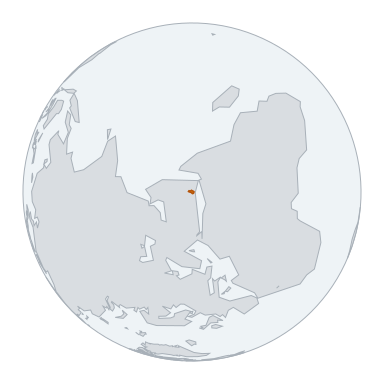 globe centered on Sa`dah, rotated 205°
{"feature_id": "YEM-150", "entity_name": "Sa`dah", "entity_type": "Governorate", "adm_level": 1, "iso_a3": "YEM", "parent_name": "Yemen", "parent_adm1": "", "projection": "orthographic", "projection_center": [43.78, 17.066], "detail": "fine", "context": "on_globe", "style": "filled", "palette": "amber", "viewbox_px": 384, "rotation_deg": 205, "n_neighbors": 0, "source": "natural_earth", "source_scale": "10m", "svg_char_len": 10286}
<svg xmlns="http://www.w3.org/2000/svg" viewBox="0 0 384 384"><g transform="rotate(205 192 192)"><circle cx="192" cy="192" r="169" fill="#eef3f6" stroke="#a8b0b8"/><path d="M150.6,28.2L151.6,28.0L155.2,27.2L157.1,26.8L156.4,27.1L151.7,28.1L151.4,28.1L149.7,28.6L147.7,29.0L148.2,29.0L142.7,30.5L147.0,29.5L141.6,31.2L138.3,32.1L140.2,31.3L139.4,31.4L150.6,28.2ZM119.0,39.6L119.4,39.5L125.4,36.8L122.7,38.2L117.0,41.1L111.8,43.6L109.1,45.2L112.6,43.9L101.8,50.2L92.4,57.6L89.7,59.5L87.1,60.3L90.5,56.9L89.8,57.4L103.9,47.8L119.0,39.6ZM87.4,59.3L87.6,59.2L81.0,64.6L79.2,66.2L78.6,66.9L80.4,65.5L77.7,67.9L76.7,68.5L87.4,59.3ZM23.1,197.5L24.3,205.5L26.9,216.8L28.2,226.7L28.8,234.8L33.1,249.5L29.1,236.8L26.1,223.9L24.1,210.8L23.1,197.5ZM126.4,36.3L125.9,36.5L125.0,36.9L126.4,36.3ZM130.5,34.6L129.5,35.0L129.2,35.2L130.5,34.6ZM136.9,32.3L138.6,31.7L129.9,34.9L131.8,34.1L136.9,32.3ZM237.7,29.3L234.0,28.4L233.9,28.3L237.7,29.3ZM156.7,26.8L152.8,27.7L156.7,26.8L156.7,26.8ZM175.9,23.8L174.6,24.0L170.1,24.5L167.0,24.9L168.6,24.8L158.7,26.4L160.1,26.1L175.9,23.8ZM229.3,27.4L228.9,27.4L227.9,27.1L229.3,27.4ZM158.2,26.6L159.6,26.3L164.3,25.5L162.4,26.1L161.5,26.1L158.2,26.6ZM182.3,23.3L181.9,23.4L183.0,23.3L175.0,24.0L177.2,23.7L182.3,23.3ZM160.0,26.5L161.3,26.5L158.4,27.2L157.1,27.0L160.0,26.5ZM166.3,25.1L168.5,24.9L166.7,25.2L166.3,25.1ZM148.8,30.4L150.4,29.6L153.0,29.1L148.8,30.4ZM161.9,26.5L162.9,26.3L164.1,26.1L164.3,26.3L161.9,26.5ZM175.1,24.1L174.1,24.3L178.3,23.8L178.0,24.1L172.7,24.6L174.8,24.5L174.7,24.6L170.5,24.9L175.1,24.1ZM168.1,26.0L161.3,27.1L157.8,28.5L155.4,28.9L161.4,26.7L168.1,26.0ZM169.9,25.3L168.3,25.8L166.1,25.9L165.9,25.7L169.9,25.3ZM179.6,24.3L181.5,23.7L182.6,23.6L179.6,24.3ZM167.5,26.3L169.2,26.1L167.6,26.4L167.5,26.3ZM176.4,24.8L176.9,24.5L178.2,24.4L176.4,24.8ZM172.1,25.9L169.9,26.2L169.7,26.0L172.1,25.9ZM174.4,25.4L176.0,25.4L170.9,25.7L174.5,25.2L174.4,25.4ZM177.5,24.8L178.4,24.6L177.1,24.9L177.5,24.8ZM174.2,26.9L167.9,27.4L167.4,26.8L173.6,26.3L174.2,26.9ZM263.8,39.1L265.6,39.9L270.3,42.3L270.7,42.5L288.4,53.2L277.8,46.7L259.0,37.0L266.5,40.5L264.1,39.6L266.4,40.9L271.7,43.7L272.8,44.1L278.0,49.8L289.5,59.5L290.3,57.9L294.6,60.3L308.4,72.6L321.1,92.8L326.9,98.3L329.8,102.5L330.3,106.0L326.1,99.8L323.3,98.5L320.9,94.8L320.3,99.1L316.8,94.0L318.0,100.3L321.6,103.9L323.5,101.6L326.1,109.8L332.7,115.8L337.6,124.8L340.2,143.5L336.8,151.1L337.5,154.3L334.0,151.9L332.5,159.2L341.6,174.5L342.5,179.5L338.6,191.3L338.0,187.6L328.8,181.3L329.3,193.8L336.4,201.7L338.9,212.8L334.5,210.7L331.7,201.1L328.4,198.6L327.6,187.8L321.7,173.3L317.1,177.7L315.9,171.4L307.1,160.3L299.6,166.4L288.8,186.1L289.9,202.4L285.0,210.4L272.6,188.9L267.9,173.6L262.9,175.8L250.6,164.0L227.8,165.3L225.1,161.4L220.7,163.6L212.1,159.9L208.1,153.5L202.7,154.1L213.5,171.1L219.4,170.5L225.0,163.5L226.8,169.7L235.2,174.8L224.2,190.6L191.1,205.0L188.8,192.8L168.3,159.2L169.4,155.5L169.4,155.1L169.2,154.3L166.4,160.3L163.1,153.8L173.1,177.1L174.4,187.2L190.7,205.8L188.9,207.7L194.4,211.5L213.1,206.4L213.0,210.5L203.6,229.4L178.6,254.4L182.4,270.8L181.6,284.3L167.1,292.8L169.7,302.8L162.4,305.9L162.8,311.4L157.7,316.8L148.7,321.3L132.0,319.7L130.0,314.9L120.1,304.3L105.9,278.6L109.0,267.6L107.1,258.3L95.2,235.8L97.7,224.4L94.8,218.9L88.5,219.0L85.3,212.4L81.6,211.5L59.7,210.3L53.8,200.6L48.5,173.9L53.0,165.4L55.2,154.3L87.4,123.6L92.7,127.1L116.4,126.6L119.0,128.4L114.6,136.6L131.0,149.5L138.3,143.0L154.8,150.3L166.8,150.8L174.0,135.0L154.3,133.8L152.5,125.8L169.6,120.1L187.1,122.0L187.0,119.0L177.3,111.9L182.7,106.9L174.1,109.1L176.6,112.3L171.2,114.0L168.7,111.3L170.7,109.5L165.8,107.9L157.5,117.8L159.1,122.0L145.5,122.9L146.8,130.3L142.6,133.3L138.8,122.1L140.2,118.3L131.9,106.1L129.2,110.1L136.8,122.1L133.8,120.9L130.1,127.2L130.6,121.5L122.9,108.1L111.6,109.2L94.6,123.2L88.5,123.4L84.5,119.1L93.1,103.5L105.8,104.9L109.1,100.1L108.6,92.4L112.5,93.8L113.9,91.0L118.9,91.5L128.0,86.0L133.5,86.1L139.1,78.4L142.6,77.6L138.3,82.2L138.2,85.8L151.8,87.0L155.1,85.5L157.6,80.6L161.1,81.9L161.8,77.1L170.6,76.0L160.4,73.5L163.2,68.5L169.6,65.3L168.6,63.4L158.2,68.8L155.6,71.5L156.4,74.4L147.9,82.4L142.8,83.3L144.7,73.9L137.6,74.5L142.3,67.6L167.7,56.0L177.3,54.5L188.9,61.8L185.5,64.5L179.7,63.1L183.2,68.7L183.8,66.1L186.7,67.5L190.0,63.7L192.2,64.5L191.6,59.8L194.7,60.3L195.0,63.3L202.5,59.0L209.4,59.6L210.1,58.3L208.8,56.7L218.4,58.9L218.4,57.9L215.3,56.8L213.4,54.1L213.7,50.5L217.0,51.4L217.3,52.9L223.0,57.6L223.3,61.7L224.7,61.8L225.2,58.5L218.3,52.6L217.6,50.2L221.4,52.6L220.0,51.6L220.6,50.7L224.4,50.9L220.4,48.2L223.4,39.4L230.9,39.5L234.0,42.2L239.5,38.7L247.5,40.2L244.7,38.9L245.3,37.2L242.8,36.6L241.5,36.0L242.1,32.5L244.8,32.8L241.8,31.0L240.3,30.5L238.1,30.0L234.0,28.4L237.7,29.3L251.0,33.7L263.8,39.1ZM74.7,140.6L73.4,143.8L74.7,140.6ZM204.6,132.6L215.7,133.2L212.3,123.3L216.3,122.9L213.6,119.9L212.0,122.6L205.8,114.5L211.1,111.7L210.6,107.6L206.9,107.3L198.1,113.8L206.8,125.2L203.6,129.2L204.6,132.6ZM81.1,64.5L80.0,65.6L79.5,66.0L81.1,64.5ZM81.1,66.7L76.9,70.5L79.5,67.8L78.0,68.7L81.7,64.6L88.6,60.2L84.8,62.7L81.1,66.7ZM88.6,58.5L85.5,61.2L88.6,58.5L88.6,58.5ZM116.6,77.2L117.6,79.1L114.6,81.9L107.8,83.2L112.0,78.9L116.6,77.2ZM119.7,81.3L123.5,72.4L127.9,71.8L124.8,73.5L127.3,74.0L123.0,77.1L123.4,85.7L120.8,88.9L109.6,88.6L114.7,86.7L113.4,84.7L119.7,81.3ZM125.5,55.2L127.3,52.5L134.6,54.3L132.1,56.7L125.2,57.7L124.0,55.5L125.5,55.2ZM135.3,33.6L135.5,33.3L136.8,32.9L137.7,32.9L135.3,33.6ZM149.3,30.0L135.9,34.8L135.4,34.6L128.1,38.2L124.0,39.2L128.8,36.7L120.2,40.6L123.0,38.7L117.3,41.5L128.6,35.8L130.7,34.7L129.9,35.5L133.6,34.5L135.8,33.7L143.8,31.0L150.2,28.6L154.9,27.7L156.5,27.7L155.7,28.1L152.9,28.4L153.8,28.8L149.1,29.7L149.3,30.0ZM172.7,34.5L169.8,33.6L170.8,36.5L166.1,36.6L166.5,36.9L162.5,37.9L158.3,39.8L156.5,39.6L155.6,40.5L152.9,41.3L151.2,42.6L147.2,42.8L144.7,44.4L144.3,43.6L141.1,46.4L141.7,44.5L138.2,45.7L139.5,46.9L122.3,47.4L114.6,49.8L107.9,53.2L109.8,50.1L117.3,45.2L127.1,40.5L134.2,38.9L133.8,38.1L137.1,37.1L136.0,38.2L139.6,36.1L142.0,35.7L150.7,33.0L154.3,30.7L157.6,29.9L157.4,30.6L160.8,29.3L162.7,30.2L165.1,29.7L169.3,30.4L167.5,32.4L170.3,31.8L173.7,32.5L172.7,34.5ZM175.3,27.1L174.2,29.0L171.1,30.1L165.1,28.6L162.7,28.9L158.7,28.5L163.2,27.0L163.9,27.2L165.7,27.1L163.6,27.6L166.6,27.1L167.7,27.5L170.3,27.3L169.2,27.9L175.3,27.1ZM123.1,125.6L125.4,126.3L129.2,126.4L126.9,130.6L123.1,125.6ZM117.7,116.6L119.9,116.3L118.6,121.8L116.2,121.3L117.7,116.6ZM122.2,111.7L120.1,115.9L119.9,113.4L122.2,111.7ZM140.4,81.9L142.9,81.5L142.7,82.7L140.8,84.3L140.4,81.9ZM174.7,44.9L173.5,43.8L174.5,43.4L175.3,40.5L178.8,40.6L179.8,42.3L174.7,44.9ZM170.0,137.6L165.9,140.5L164.4,138.9L166.1,138.2L170.0,137.6ZM144.9,135.6L150.1,138.1L144.2,136.7L144.9,135.6ZM178.7,44.4L178.6,43.2L180.4,44.0L178.7,44.4ZM181.5,40.5L183.8,41.1L179.4,40.2L181.5,40.5ZM239.5,342.9L240.8,343.9L238.1,344.4L239.5,342.9ZM211.0,281.9L200.9,305.0L192.7,305.2L190.6,298.6L193.9,284.7L203.2,280.6L207.6,274.0L211.0,281.9ZM353.1,231.3L354.1,231.0L354.0,231.7L353.1,231.3ZM352.1,229.8L353.6,228.8L351.5,231.7L352.1,229.8ZM354.1,228.5L355.6,225.8L356.3,224.0L356.0,225.7L354.1,228.5ZM350.9,230.7L343.1,235.0L339.5,234.7L340.8,231.5L346.5,229.5L350.9,230.7ZM340.5,231.6L334.5,226.4L323.6,207.3L327.6,206.5L338.4,216.5L337.8,219.1L341.4,223.6L340.5,231.6ZM353.3,210.9L352.6,218.3L348.7,220.1L346.7,220.1L345.3,211.6L346.1,206.6L347.9,205.8L352.7,186.6L354.8,189.2L353.8,196.9L355.3,202.1L353.3,210.9ZM290.7,203.8L295.0,212.7L292.1,214.8L290.7,203.8ZM353.1,174.3L352.2,182.5L352.5,172.1L353.1,174.3ZM352.4,165.0L353.2,168.4L351.8,165.6L352.4,165.0ZM338.9,159.0L337.1,160.7L336.3,158.3L338.1,154.7L338.9,159.0ZM341.3,132.5L344.0,139.4L344.7,141.9L342.5,138.2L341.3,132.5ZM208.6,45.9L203.6,49.5L202.3,52.8L205.3,55.4L199.0,53.5L200.9,48.4L208.6,45.9ZM221.2,39.9L218.6,38.1L221.1,38.2L222.0,38.7L221.2,39.9ZM218.6,39.3L212.9,38.4L212.3,37.0L217.0,37.9L218.6,39.3ZM195.7,40.5L193.9,41.5L192.5,40.8L195.7,40.5ZM328.6,291.5L325.1,295.8L324.3,296.0L328.0,291.0L334.2,278.6L334.7,278.4L338.7,269.5L347.1,256.8L354.1,238.5L354.8,237.4L351.1,248.9L346.6,260.1L341.4,271.0L335.3,281.4L328.6,291.5ZM355.6,229.5L357.6,222.4L358.1,221.1L355.6,229.5ZM360.6,203.3L360.7,201.5L360.8,199.6L360.6,203.3ZM360.8,198.2L360.7,197.5L360.9,194.5L360.8,198.2ZM359.5,206.7L359.4,208.6L359.1,207.7L359.5,206.7ZM359.9,204.9L360.4,205.4L359.8,206.6L359.9,204.9ZM356.2,203.0L356.7,207.0L358.2,202.7L357.0,207.9L357.5,214.3L357.0,217.4L356.6,210.4L355.6,219.0L354.9,219.4L355.0,212.7L356.0,203.5L356.7,199.4L359.0,195.4L356.2,203.0ZM360.1,199.4L359.9,194.7L360.0,190.9L360.3,193.2L360.1,199.4ZM358.4,183.5L356.8,178.7L356.1,181.9L356.7,171.7L358.3,178.0L358.4,183.5ZM355.8,171.5L355.3,174.4L355.4,168.7L355.8,171.5ZM354.7,172.7L353.8,168.7L354.7,168.6L354.7,172.7ZM356.3,171.2L355.1,164.1L356.2,167.8L356.3,171.2ZM351.4,160.0L354.6,165.1L351.7,164.3L348.1,151.4L349.0,150.2L351.4,160.0ZM334.2,105.3L332.0,102.2L331.8,100.7L333.4,103.2L334.2,105.3ZM329.3,94.5L331.0,99.4L332.1,104.0L333.4,105.0L336.6,111.0L332.8,106.5L329.6,99.2L329.4,96.8L326.2,92.1L324.1,88.2L319.6,83.0L317.7,80.3L321.7,84.5L329.3,94.5ZM317.7,80.8L309.1,71.7L310.3,71.9L312.5,73.9L315.9,77.9L315.1,77.5L317.7,80.8ZM307.4,69.7L306.5,69.4L292.0,58.4L289.3,56.3L300.9,64.0L300.7,64.3L304.0,67.2L307.4,69.7ZM230.7,27.8L229.1,27.5L230.4,27.7L230.7,27.8ZM240.1,35.7L238.5,34.9L240.1,34.9L240.1,35.7ZM234.9,32.6L234.2,33.1L233.6,32.2L234.9,32.6ZM232.9,34.5L233.3,33.2L234.9,35.1L232.9,34.5Z" fill="#d9dde1" stroke="#a8b0b8" stroke-width="1"/><path d="M191.0,190.7L191.4,190.8L191.5,190.8L191.7,191.1L191.9,191.2L192.0,191.2L192.3,191.2L192.3,191.3L192.5,191.2L192.8,191.2L193.0,191.1L193.3,191.0L193.5,191.0L193.8,191.0L194.1,191.0L194.4,190.9L195.0,190.9L195.4,190.9L195.3,191.9L195.1,192.0L194.9,192.0L194.7,192.0L194.4,192.1L194.0,192.3L193.8,192.5L193.7,192.6L193.5,192.8L193.4,192.8L193.2,193.0L193.2,193.3L192.8,193.3L192.7,193.3L192.4,193.2L192.2,193.1L191.9,193.2L191.9,193.3L191.5,193.3L191.2,193.3L190.9,193.3L190.4,193.2L190.3,192.9L190.3,192.7L190.2,192.7L190.1,192.4L190.2,192.2L190.1,191.9L190.2,191.7L190.3,191.5L190.5,191.4L190.4,191.3L190.3,191.2L190.7,190.8L190.8,190.8L190.9,190.7L191.0,190.7L191.0,190.7Z" fill="#f59e0b" stroke="#b45309" stroke-width="1.5"/></g></svg>